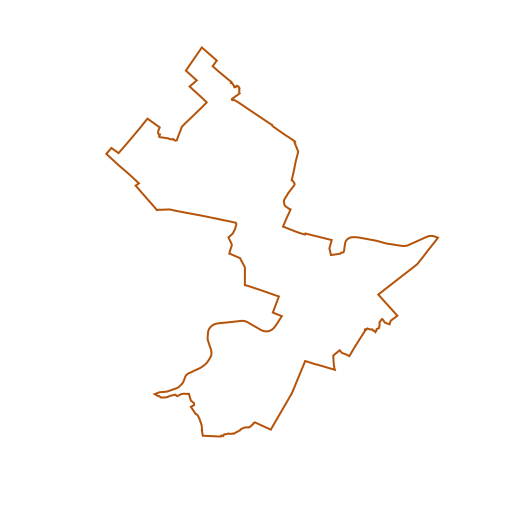 the district of Cogealac, Constanta, Romania, rotated 15°
{"feature_id": "2599482B50203536689618", "entity_name": "Cogealac", "entity_type": "district", "adm_level": 2, "iso_a3": "ROU", "parent_name": "Romania", "parent_adm1": "Constanta", "projection": "natural_earth1", "projection_center": [28.518, 44.563], "detail": "fine", "context": "isolated", "style": "outline", "palette": "amber", "viewbox_px": 512, "rotation_deg": 15, "n_neighbors": 0, "source": "geoboundaries", "source_scale": "gbopen_adm2", "svg_char_len": 5999}
<svg xmlns="http://www.w3.org/2000/svg" viewBox="0 0 512 512"><g transform="rotate(15 256 256)"><path d="M420.6,206.3L425.1,195.9L427.0,191.2L423.6,190.9L422.7,190.9L422.0,191.0L421.3,191.0L419.8,191.3L418.9,191.6L417.8,192.1L416.8,192.7L415.1,194.0L399.9,206.4L399.0,207.0L398.0,207.4L397.2,207.8L396.0,208.2L394.1,208.5L379.5,210.1L378.2,210.2L368.4,210.1L351.0,211.5L349.3,211.7L348.1,211.9L346.1,212.4L344.5,212.8L343.4,213.2L342.7,213.6L341.9,214.1L341.3,214.6L340.7,215.1L340.1,216.0L339.5,216.9L339.2,217.5L339.0,218.3L338.8,219.2L338.8,220.3L339.2,224.4L339.7,227.6L339.7,228.5L339.5,229.9L339.2,230.0L337.4,230.8L336.9,231.9L328.2,235.7L324.9,229.6L325.0,221.0L297.9,221.5L297.9,222.5L297.5,222.6L292.5,222.5L287.8,222.1L274.5,220.6L276.2,208.5L276.4,208.0L276.6,207.0L277.3,202.0L276.0,201.9L275.6,201.8L271.6,200.3L270.9,199.9L270.5,199.5L270.0,198.8L268.7,195.8L268.7,195.4L268.7,194.6L268.8,194.0L270.8,187.1L274.6,177.8L274.7,177.0L274.7,176.5L274.0,175.5L272.6,174.4L271.8,173.8L270.9,173.6L270.4,161.1L270.3,160.9L269.9,154.3L269.9,154.2L269.8,144.5L267.8,141.6L265.7,138.9L263.8,136.3L263.6,135.9L264.2,135.5L264.0,135.3L259.6,133.7L251.5,131.1L247.9,129.7L244.7,128.6L239.9,126.8L238.8,126.4L237.9,125.9L237.7,125.5L237.7,125.2L236.9,125.0L234.5,124.3L215.8,117.9L212.2,116.7L201.9,113.1L199.4,112.3L195.4,111.1L194.8,111.0L194.1,111.0L193.5,111.5L192.7,111.6L192.1,110.9L192.1,110.7L192.2,110.4L193.5,108.8L196.5,105.2L198.1,103.0L197.6,102.7L197.3,102.0L197.3,101.7L197.2,101.3L197.1,100.8L197.0,100.1L196.9,99.6L196.5,99.1L196.4,98.7L196.6,98.2L195.8,97.8L195.7,97.6L195.4,96.9L195.0,96.7L194.8,96.8L194.3,96.8L193.7,96.7L193.1,96.6L192.7,98.1L192.0,98.6L191.7,98.6L191.2,98.5L190.5,97.2L189.6,96.5L188.9,95.6L187.0,95.3L187.3,94.3L183.1,92.5L171.8,87.3L165.0,83.9L166.2,80.8L167.3,78.0L167.6,77.4L149.7,68.6L140.3,95.1L153.3,101.7L148.0,109.5L161.0,116.2L161.6,116.5L161.8,116.7L162.2,116.8L165.2,118.4L166.2,119.0L168.3,120.0L168.5,120.2L168.6,120.3L168.6,120.5L164.7,127.3L155.7,142.3L155.2,143.0L154.1,144.8L151.0,150.2L150.9,150.7L150.7,152.3L150.6,154.2L150.2,157.3L149.5,164.8L148.5,165.4L147.8,165.4L147.2,165.2L145.9,164.5L145.6,164.4L145.3,164.9L145.1,165.1L144.0,165.2L142.5,165.5L140.6,165.0L138.0,165.5L136.9,165.5L132.8,166.1L132.4,166.1L131.6,165.9L131.5,165.7L131.5,165.1L131.8,163.8L131.8,163.5L130.8,163.7L130.4,163.6L129.8,163.0L129.3,161.5L129.3,160.9L129.3,159.2L129.7,157.3L129.7,156.7L115.6,151.4L111.5,160.8L107.3,169.9L101.3,182.6L96.6,192.2L88.4,189.1L87.6,190.7L85.0,196.1L99.7,203.8L112.1,209.8L124.1,216.1L121.5,219.2L148.1,237.0L148.3,237.3L150.9,236.2L151.4,236.2L160.1,233.5L161.6,233.3L163.9,233.2L164.9,233.2L175.2,232.5L190.4,231.3L191.0,231.2L215.0,229.8L221.4,229.4L226.3,229.2L227.5,229.2L227.9,229.1L228.3,229.5L228.5,229.8L228.7,230.2L228.8,230.6L228.8,234.9L228.7,235.6L227.8,240.1L227.7,240.4L224.6,245.1L225.2,245.9L229.6,251.0L229.8,251.7L229.8,252.2L229.8,253.5L229.5,258.9L229.6,259.2L229.8,259.6L229.9,259.8L229.8,260.3L229.7,260.6L230.4,260.6L241.2,262.2L241.2,262.4L246.4,267.8L247.9,269.4L248.1,269.8L248.5,270.9L252.7,286.7L252.9,287.1L253.6,286.9L256.7,287.0L267.1,287.6L288.6,289.2L286.9,306.3L296.5,307.4L294.4,314.2L293.0,318.3L292.4,319.8L291.6,321.3L290.9,322.5L289.8,323.6L288.7,324.6L287.5,325.4L286.2,325.9L284.6,326.3L283.2,326.5L282.4,326.5L280.1,326.2L264.0,321.9L261.7,321.8L260.5,322.0L259.0,322.3L249.1,326.2L237.7,330.5L235.0,331.7L234.0,332.4L232.8,333.3L232.0,334.1L231.2,335.2L230.4,336.4L230.1,337.2L229.5,338.9L229.3,340.8L229.4,341.8L229.7,343.6L230.4,347.3L230.6,348.2L230.9,349.0L231.9,350.8L236.8,358.2L237.3,359.2L237.7,360.2L238.1,361.3L238.3,362.2L238.4,363.1L238.4,364.4L238.3,364.9L238.2,365.7L237.9,366.8L236.3,371.6L235.6,372.8L234.3,374.8L232.2,377.4L231.4,378.3L229.7,379.8L227.5,381.6L226.2,382.5L225.1,383.7L221.4,386.7L220.3,387.8L220.1,388.2L219.5,389.0L219.3,389.5L219.1,390.1L218.9,390.9L218.5,395.7L218.3,396.9L218.1,397.5L217.6,398.6L216.5,400.7L215.8,401.7L215.5,402.3L214.3,403.6L213.8,404.1L211.7,405.5L207.8,408.2L205.3,409.9L204.9,410.1L203.7,410.6L199.3,412.1L198.1,412.6L197.2,413.2L193.9,415.6L197.2,416.5L198.0,416.6L198.6,416.4L198.8,416.4L200.9,417.3L201.4,417.2L202.9,416.7L204.4,416.3L205.8,415.8L206.5,415.4L209.3,413.3L212.3,411.7L214.0,410.8L214.4,410.9L215.5,411.6L216.1,411.7L216.4,411.7L219.3,409.0L220.1,408.4L222.6,407.5L224.0,407.4L226.5,406.6L226.9,406.5L227.0,406.7L226.9,406.7L230.6,412.6L234.1,414.1L234.8,416.1L232.1,418.5L238.4,424.0L238.5,423.9L240.7,424.8L243.3,427.6L247.2,433.4L249.1,438.2L248.8,438.4L249.3,439.5L249.5,439.9L251.2,443.4L251.5,443.3L268.7,439.5L269.0,438.3L270.9,438.4L271.0,438.0L271.0,437.7L271.1,437.4L271.1,437.1L271.3,436.9L271.4,436.7L271.5,436.4L272.1,436.2L272.7,436.1L273.8,435.7L274.9,434.8L275.5,434.6L276.9,434.6L278.4,434.1L279.1,433.6L279.4,433.5L280.2,433.6L285.9,428.3L286.0,427.4L288.5,425.3L289.6,424.6L291.2,423.9L292.9,423.6L293.4,423.5L293.6,423.0L294.7,422.4L295.1,421.4L295.6,420.8L295.9,420.2L296.5,419.8L296.9,418.0L297.8,417.3L298.0,417.0L307.0,418.5L315.2,419.9L326.0,379.9L326.2,379.2L330.7,344.7L341.3,345.2L341.7,345.3L342.0,345.1L344.1,345.1L361.4,345.5L361.6,345.5L361.3,345.0L360.6,343.7L359.6,341.6L358.1,337.5L356.4,332.1L361.3,325.4L363.1,326.8L364.0,327.3L364.5,327.4L366.3,327.6L369.1,327.9L370.8,328.2L372.0,328.6L372.3,327.9L373.1,324.8L375.1,317.8L378.3,307.5L380.3,301.3L380.5,300.6L380.5,299.7L380.3,298.8L381.0,298.7L381.2,299.0L381.5,298.7L381.1,298.2L382.5,297.1L382.9,297.4L384.7,297.3L386.1,297.4L386.5,297.0L387.0,296.8L387.9,297.0L388.2,297.3L388.5,297.8L389.4,297.7L390.2,297.8L391.0,298.6L391.7,296.6L391.4,295.8L391.5,295.2L393.1,294.2L393.2,293.9L393.5,293.6L393.3,292.3L393.4,291.1L392.7,289.1L392.6,287.4L393.0,287.0L393.2,286.3L393.3,285.6L393.6,285.0L394.3,284.2L395.5,285.1L396.1,285.7L398.1,287.1L402.7,287.4L402.9,283.6L406.0,279.7L408.0,277.1L393.9,268.0L384.1,261.6L402.8,236.8L413.8,222.3L417.1,214.8L420.6,206.3Z" fill="none" stroke="#b45309" stroke-width="2"/></g></svg>